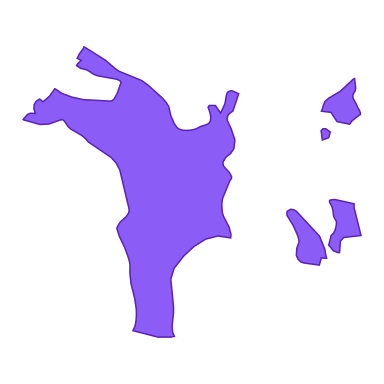 outline of Sharjah
{"feature_id": "ARE-348", "entity_name": "Sharjah", "entity_type": "Emirate", "adm_level": 1, "iso_a3": "ARE", "parent_name": "United Arab Emirates", "parent_adm1": "", "projection": "orthographic", "projection_center": [55.908, 25.102], "detail": "fine", "context": "isolated", "style": "filled", "palette": "violet", "viewbox_px": 384, "rotation_deg": 0, "n_neighbors": 0, "source": "natural_earth", "source_scale": "10m", "svg_char_len": 2938}
<svg xmlns="http://www.w3.org/2000/svg" viewBox="0 0 384 384"><path d="M230.7,237.9L217.8,236.0L205.5,239.2L194.3,246.3L192.9,247.5L183.8,255.9L174.1,268.3L170.8,279.2L173.5,306.3L173.5,312.9L172.1,326.0L172.7,332.5L174.4,336.3L171.1,337.1L158.0,337.1L133.0,330.7L134.8,326.6L135.5,323.9L136.1,320.0L136.4,315.4L136.3,309.4L134.7,298.4L131.0,283.6L129.9,273.2L130.0,264.9L129.6,262.3L128.4,257.8L124.8,247.8L119.3,236.3L116.8,228.2L116.9,227.9L118.8,224.1L119.9,222.6L121.5,220.8L125.5,217.3L127.2,215.3L128.5,213.1L129.1,211.0L129.0,208.7L119.8,170.0L116.0,162.7L110.9,157.3L88.2,141.9L85.8,139.0L83.3,136.7L80.8,134.9L70.5,128.9L67.9,126.4L64.5,121.3L62.6,119.6L59.7,120.2L49.1,124.0L40.0,124.5L23.6,119.9L23.1,119.4L27.7,114.3L30.5,113.2L35.3,113.5L33.9,109.0L34.1,104.8L36.1,101.3L39.7,99.0L43.0,101.8L49.4,96.3L54.9,88.7L55.0,88.7L55.1,88.8L62.3,93.6L72.0,97.1L83.1,99.6L110.0,101.1L112.2,100.7L113.9,99.2L116.9,94.1L121.1,82.3L119.8,80.6L116.5,79.2L97.3,75.7L93.7,74.3L88.9,71.1L85.7,69.5L80.6,68.4L76.9,65.8L76.6,65.6L77.7,63.5L81.2,60.4L77.2,58.3L79.3,54.0L83.4,48.4L83.9,46.9L84.0,46.9L84.9,47.3L105.7,60.4L115.2,68.6L119.1,71.3L141.6,80.5L147.5,84.7L162.3,97.9L166.3,102.6L168.8,106.7L170.9,115.9L174.2,123.4L176.7,127.2L178.8,128.9L181.8,130.1L185.8,130.4L190.4,130.2L194.7,129.3L197.2,128.3L200.8,126.4L205.4,125.0L207.8,124.0L209.5,122.6L210.5,120.6L210.8,117.9L210.4,114.8L209.7,111.8L208.1,107.4L208.6,106.2L209.6,105.4L215.4,105.5L220.6,113.1L224.9,103.8L226.3,95.7L227.4,92.4L229.8,91.0L231.9,90.7L238.7,93.7L232.9,111.1L230.4,112.8L229.2,113.9L227.8,115.5L227.3,117.9L227.1,120.0L231.1,128.6L234.7,139.2L234.8,141.2L233.9,148.6L230.5,153.6L225.9,157.2L223.0,162.1L223.1,163.8L223.4,165.5L224.6,167.4L228.8,171.8L230.4,174.3L231.6,176.8L231.5,178.3L229.6,181.3L222.6,198.4L221.9,203.0L221.9,207.3L222.4,212.7L223.5,216.3L229.0,227.0L231.0,234.4L230.7,237.9L230.7,237.9ZM290.8,209.2L294.7,210.1L296.7,211.6L319.5,236.1L324.9,249.4L325.3,252.7L326.6,258.3L321.4,257.9L319.3,265.1L303.8,263.0L300.7,261.9L298.0,259.2L296.3,255.3L296.8,248.2L298.0,244.8L299.0,242.6L298.9,239.8L297.6,235.4L293.3,225.7L287.0,215.4L286.8,213.0L287.2,211.3L290.8,209.2ZM361.0,235.5L343.6,237.5L342.2,239.2L340.5,241.1L339.5,252.6L339.4,252.6L337.6,252.5L333.4,250.8L328.7,245.1L331.2,235.3L333.1,233.6L334.8,230.9L336.1,226.2L336.5,223.0L336.1,220.7L335.1,219.3L334.1,217.4L333.5,215.3L332.9,210.3L332.1,207.4L331.1,205.0L330.0,203.1L329.5,201.8L329.6,200.3L332.6,199.6L335.4,199.6L352.4,203.4L354.1,203.8L354.1,207.7L361.0,235.5ZM349.7,124.2L337.0,121.6L331.0,112.4L321.4,111.2L322.5,108.6L323.4,105.1L325.2,101.2L328.4,98.4L340.3,91.2L353.1,79.3L354.6,78.6L355.7,88.1L355.2,90.7L352.8,95.1L353.1,98.3L356.2,103.9L357.8,107.5L359.2,109.8L360.3,112.6L360.4,114.5L360.0,114.6L351.9,121.0L349.7,124.2ZM325.7,128.7L330.3,132.0L328.6,137.8L322.3,140.0L321.1,130.6L322.9,128.8L325.7,128.7Z" fill="#8b5cf6" stroke="#5b21b6" stroke-width="1.5"/></svg>